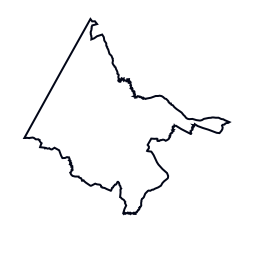 outline of Kasongo, Maniema, Democratic Republic of the Congo, rotated 119°
{"feature_id": "63176286B88012685356826", "entity_name": "Kasongo", "entity_type": "district", "adm_level": 2, "iso_a3": "COD", "parent_name": "Democratic Republic of the Congo", "parent_adm1": "Maniema", "projection": "orthographic", "projection_center": [26.428, -4.177], "detail": "fine", "context": "isolated", "style": "outline", "palette": "ink", "viewbox_px": 256, "rotation_deg": 119, "n_neighbors": 0, "source": "geoboundaries", "source_scale": "gbopen_adm2", "svg_char_len": 5695}
<svg xmlns="http://www.w3.org/2000/svg" viewBox="0 0 256 256"><g transform="rotate(119 128 128)"><path d="M205.0,90.8L205.3,89.9L204.5,89.5L204.0,89.9L204.1,89.2L203.7,89.3L203.8,88.5L203.3,88.3L203.0,87.3L202.8,87.2L202.5,87.4L202.0,87.1L202.0,86.6L202.4,86.4L202.5,86.1L201.9,85.7L202.1,85.4L201.4,85.2L201.7,84.4L201.0,84.5L201.0,83.7L200.4,83.8L200.7,83.6L200.3,82.5L199.5,82.0L199.8,81.7L199.3,81.2L199.8,81.1L199.6,80.9L200.0,80.7L199.5,79.7L198.8,80.1L198.2,80.0L197.5,79.5L197.2,79.8L195.4,79.2L195.4,79.4L194.7,79.4L193.5,78.8L192.8,78.9L192.4,79.5L191.7,79.1L191.3,79.3L191.1,78.9L189.5,78.8L187.3,80.1L185.8,80.7L185.5,80.7L185.0,81.1L183.3,81.4L182.2,80.9L180.9,80.6L177.0,81.1L173.4,80.1L172.7,79.6L172.1,78.1L170.2,76.9L169.7,76.0L168.0,75.0L165.3,72.8L162.4,71.2L159.5,71.2L157.1,70.6L153.0,68.9L152.2,68.9L150.5,69.6L148.5,72.0L147.2,77.9L145.2,83.7L143.9,86.1L139.3,92.4L137.7,95.4L137.4,96.3L138.7,99.5L138.8,100.2L138.1,100.3L135.7,99.9L134.1,100.7L133.3,102.6L126.0,102.5L124.6,99.5L123.3,97.5L123.5,96.7L124.2,96.6L124.9,96.1L124.9,95.6L124.0,94.2L123.0,93.9L122.5,93.0L121.2,91.8L120.8,90.3L120.9,88.9L120.2,88.3L118.0,87.1L116.9,87.0L116.1,87.4L115.7,87.0L115.2,87.3L114.6,87.2L114.3,87.8L113.9,87.5L113.6,87.6L113.4,87.5L112.7,88.0L112.5,87.8L111.1,87.7L110.7,87.0L109.4,87.3L109.1,87.1L108.9,87.5L108.8,87.2L108.2,87.4L108.1,87.2L107.6,88.0L107.3,87.7L107.3,88.2L106.8,88.2L106.2,89.0L105.2,89.5L105.0,89.4L105.1,89.0L104.6,89.0L104.4,88.3L103.4,88.6L103.6,88.2L102.8,87.2L103.1,80.8L102.8,70.3L102.6,70.1L102.2,70.3L101.9,70.2L101.6,70.9L100.6,71.7L100.3,71.3L99.5,71.5L98.3,70.8L97.3,71.0L97.1,71.7L96.4,71.5L96.4,71.3L96.3,71.7L95.4,71.3L95.5,71.8L95.1,71.7L95.3,72.1L94.7,72.0L94.8,72.5L94.4,72.0L94.4,71.7L94.0,71.9L93.9,72.3L93.7,71.7L93.2,71.7L92.6,70.9L92.3,71.1L92.5,68.0L91.7,62.6L90.5,57.0L89.2,48.1L88.1,45.5L85.1,44.9L83.2,44.9L81.6,45.5L80.2,47.0L79.3,46.7L78.2,45.3L76.8,45.0L75.9,44.2L74.9,42.8L73.7,42.1L74.2,46.9L74.2,48.9L74.9,50.7L75.1,53.7L76.5,56.3L77.4,58.5L78.2,59.8L78.8,60.3L79.9,62.1L83.2,66.0L85.3,67.2L86.6,68.6L87.9,71.9L88.8,76.0L90.6,78.8L91.1,80.5L90.9,82.3L90.1,84.0L89.7,85.7L88.5,88.6L87.9,94.6L87.3,97.6L86.4,99.7L86.6,101.4L85.8,102.3L86.2,102.9L86.1,103.9L85.7,104.2L85.5,105.4L85.0,105.7L84.8,106.2L84.1,108.6L84.4,110.2L83.9,112.1L83.8,114.0L84.4,116.0L85.1,116.7L86.6,119.3L90.5,122.7L93.4,126.2L94.0,126.6L94.1,127.9L94.9,128.4L95.2,129.1L95.1,129.7L94.5,129.1L94.3,129.1L94.1,129.5L94.8,130.5L94.5,131.2L95.1,132.3L94.8,132.9L95.3,133.1L95.3,134.8L96.2,135.4L97.0,135.2L98.0,136.4L96.9,137.1L96.8,137.3L97.1,137.2L97.4,137.5L97.5,138.1L97.1,137.7L96.6,137.8L96.8,138.0L96.5,138.3L95.2,138.3L95.0,138.5L95.3,139.2L95.2,139.6L94.3,139.8L93.7,140.6L93.4,140.6L93.3,139.9L93.0,140.1L92.9,140.4L93.2,140.7L93.8,140.9L93.7,141.5L93.6,141.9L93.4,142.0L93.4,141.7L92.8,142.1L92.6,142.5L92.9,142.7L92.8,142.8L92.6,142.6L92.2,142.9L91.8,143.6L91.4,143.3L91.0,143.8L91.5,144.3L92.1,144.1L92.1,144.9L91.3,144.9L90.6,145.5L89.6,145.8L89.6,146.5L88.8,146.5L88.5,147.0L86.9,148.0L87.2,149.5L87.7,148.9L88.1,149.0L88.2,149.3L87.1,150.3L86.5,150.2L86.2,149.4L85.9,150.3L84.8,150.8L85.2,151.4L85.3,151.1L85.6,151.3L85.7,151.8L86.0,151.7L86.0,152.2L86.5,152.1L86.5,151.6L86.7,151.8L87.1,151.5L87.0,151.8L87.1,151.6L87.4,151.8L87.2,151.9L87.7,152.6L87.8,153.7L88.5,154.0L87.8,154.0L87.8,154.6L88.6,154.7L88.2,155.4L86.8,155.8L87.8,156.9L87.6,157.7L87.9,157.8L88.4,157.5L88.2,157.4L88.3,157.1L88.5,157.1L88.6,156.8L90.4,157.0L90.5,156.8L90.5,157.0L91.0,157.2L90.9,157.4L91.1,157.3L91.3,157.9L91.6,157.9L91.7,158.4L91.5,159.0L91.0,158.9L90.8,159.6L89.5,159.1L88.9,160.6L87.9,161.3L86.6,161.6L85.8,162.2L85.8,163.3L85.6,163.7L84.5,164.1L83.8,164.8L82.1,167.2L81.0,168.3L80.9,169.4L80.4,169.8L80.2,170.7L79.2,172.4L78.6,173.1L76.4,173.8L75.2,174.8L74.6,175.0L74.5,175.5L72.9,177.4L72.1,180.2L68.7,183.6L68.6,184.1L67.7,185.3L67.2,185.5L67.1,186.1L66.6,186.5L66.5,186.9L64.5,188.1L63.0,191.1L60.3,193.2L58.8,195.9L62.8,199.6L66.0,201.1L68.3,203.0L66.3,203.9L65.5,204.7L65.2,204.7L64.3,205.8L63.7,206.3L63.1,206.4L62.4,207.1L59.7,207.6L58.7,208.2L58.0,208.2L57.4,208.8L55.6,209.0L52.1,205.4L50.7,208.7L52.1,211.0L50.9,213.7L109.7,213.9L187.0,213.8L186.2,212.4L185.6,211.7L184.7,209.4L184.3,209.1L182.6,206.8L182.3,205.6L182.6,203.1L181.3,200.8L181.6,200.3L181.4,199.5L181.9,199.3L182.3,198.7L183.1,197.1L183.2,196.2L185.3,196.0L187.4,195.6L185.7,191.5L186.0,190.8L185.5,190.7L185.2,190.2L185.1,188.5L184.3,187.3L183.9,187.1L184.1,185.5L183.7,184.2L180.9,182.7L180.9,177.4L184.6,173.1L186.1,170.8L184.8,168.6L183.0,167.2L182.9,166.4L182.3,165.5L182.8,165.0L182.9,164.6L183.5,164.1L183.6,163.8L184.8,163.9L184.7,163.5L184.9,163.4L184.9,162.8L185.1,162.7L184.9,162.4L185.8,162.1L185.8,161.3L186.7,161.4L186.8,161.0L187.1,161.3L187.0,161.0L187.4,161.0L187.5,160.7L187.6,161.2L187.9,161.2L187.8,160.7L188.1,160.2L188.9,158.9L189.4,158.7L189.1,158.0L189.4,157.9L189.5,157.5L190.4,157.0L191.2,157.1L191.3,156.6L191.9,156.8L192.1,156.3L192.4,156.5L192.5,156.8L193.7,156.5L194.4,156.6L195.0,156.9L196.3,155.1L196.8,153.3L196.1,150.7L194.4,147.6L194.9,147.1L195.0,146.3L194.7,144.7L194.9,144.3L196.4,142.6L196.1,142.2L195.6,142.1L195.3,141.5L195.7,140.8L196.2,138.5L196.7,132.9L196.2,132.1L192.6,129.7L192.3,127.8L191.2,125.1L191.5,123.7L192.4,123.1L192.2,122.4L192.6,121.7L191.8,119.4L191.7,116.8L191.2,112.6L190.3,112.5L188.1,112.9L187.3,112.3L185.9,112.4L184.5,111.9L184.0,112.0L183.0,111.0L180.2,111.0L179.9,110.5L180.4,109.2L182.2,107.6L182.5,106.6L184.0,105.3L184.2,104.6L185.6,104.7L188.1,103.2L192.3,101.4L192.3,100.4L192.8,99.2L192.9,96.9L194.0,94.5L195.0,94.4L196.7,92.0L200.5,91.8L205.0,90.8Z" fill="none" stroke="#020617" stroke-width="2"/></g></svg>